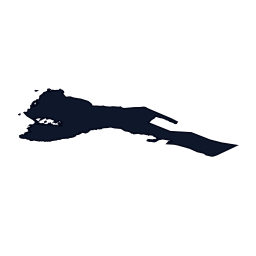 Hvalfjarðarsveit, Vesturland, Iceland, rotated 9°
{"feature_id": "244011B64770191202242", "entity_name": "Hvalfjarðarsveit", "entity_type": "district", "adm_level": 2, "iso_a3": "ISL", "parent_name": "Iceland", "parent_adm1": "Vesturland", "projection": "equal_earth", "projection_center": [-21.787, 64.41], "detail": "fine", "context": "isolated", "style": "filled", "palette": "ink", "viewbox_px": 256, "rotation_deg": 9, "n_neighbors": 0, "source": "geoboundaries", "source_scale": "gbopen_adm2", "svg_char_len": 5743}
<svg xmlns="http://www.w3.org/2000/svg" viewBox="0 0 256 256"><g transform="rotate(9 128 128)"><path d="M216.1,142.4L219.6,140.6L237.7,128.3L222.7,128.3L210.9,127.2L191.2,122.9L170.3,125.0L147.1,119.7L149.7,116.0L152.3,113.8L153.2,112.2L153.2,111.8L158.1,112.5L160.5,112.5L164.1,113.3L164.8,113.7L166.3,113.7L166.8,114.1L169.0,114.3L169.3,114.5L169.1,114.7L169.8,114.7L169.6,114.9L171.9,115.2L173.7,116.1L174.9,115.8L175.6,114.4L169.2,112.3L149.2,107.3L143.3,105.8L142.6,105.3L141.1,105.1L139.4,105.3L137.7,105.9L130.6,107.2L121.6,109.5L119.1,109.5L117.2,108.5L115.9,109.1L109.6,109.6L106.9,110.4L102.1,110.7L99.9,110.4L98.6,111.0L92.4,111.6L91.5,111.9L90.1,111.9L89.2,112.2L87.9,110.2L84.4,108.2L76.9,107.1L69.6,107.1L66.0,106.5L61.7,107.6L57.4,104.1L57.5,103.6L58.7,103.2L58.7,102.7L58.2,101.9L56.6,101.1L55.3,101.0L54.9,100.6L54.0,101.7L53.0,102.1L52.0,102.1L49.9,102.7L47.3,102.7L46.7,103.1L46.8,103.6L45.7,103.9L45.8,103.3L45.5,103.8L45.0,104.0L44.3,104.7L44.0,104.6L44.4,104.1L43.9,104.0L43.6,103.4L44.3,103.2L44.9,102.4L44.6,102.4L44.6,102.1L44.3,102.0L43.0,102.3L42.8,102.7L42.9,103.2L43.5,103.9L43.6,104.4L43.1,104.9L43.4,104.5L42.5,104.6L41.5,105.4L39.7,106.2L39.8,106.7L39.5,106.4L39.5,106.0L39.3,107.0L38.3,108.1L38.3,108.8L37.3,109.1L36.5,110.1L36.6,110.5L36.2,110.5L36.1,111.4L36.5,112.3L36.0,113.0L36.0,113.7L35.2,114.5L33.8,114.4L33.3,115.2L33.1,115.7L33.7,115.6L33.7,116.5L33.2,116.8L33.9,116.7L33.8,117.3L34.5,117.2L34.7,117.3L34.5,117.6L35.0,117.6L34.5,117.9L34.6,118.5L33.9,118.7L34.0,119.3L34.6,119.3L34.5,119.5L34.1,119.8L33.8,119.8L33.8,119.6L32.6,119.9L33.2,120.3L32.4,121.1L32.9,121.3L32.2,121.2L32.8,120.5L31.7,120.3L30.6,121.8L30.8,122.0L29.6,121.5L29.4,121.0L30.5,120.3L30.3,120.0L31.1,119.2L30.8,118.9L31.0,118.3L30.6,118.2L30.7,117.9L31.8,117.1L32.1,116.4L32.8,116.5L33.2,116.1L32.8,115.9L31.9,116.1L30.8,116.9L29.6,119.0L29.7,120.3L28.6,121.0L29.1,123.8L29.0,124.5L28.3,125.1L26.6,125.3L26.6,127.6L25.8,128.4L25.0,128.8L23.5,128.8L23.1,129.1L26.5,131.7L33.1,134.4L35.1,135.7L36.5,136.1L37.4,135.7L36.4,135.6L36.5,135.3L36.4,135.1L36.1,135.0L36.4,135.4L36.0,135.4L34.4,134.1L33.3,133.9L33.1,133.6L34.0,133.2L35.0,133.4L36.1,132.5L37.4,131.9L39.2,131.5L41.8,131.5L41.2,132.0L41.3,132.5L40.9,132.5L40.6,133.4L40.3,133.5L40.2,133.7L41.0,133.3L42.0,132.3L42.9,131.9L44.3,130.8L46.2,130.3L46.7,130.5L46.2,131.1L46.4,131.5L46.0,132.0L48.4,130.9L51.7,130.5L51.9,130.9L51.6,131.2L53.7,131.5L54.8,132.1L54.8,132.9L54.5,133.1L55.1,133.4L54.6,133.7L55.3,133.7L55.3,133.9L55.6,134.1L56.3,133.8L57.0,133.1L57.8,132.9L58.3,132.3L57.9,132.1L58.2,131.7L59.8,131.1L60.7,132.0L61.4,132.2L61.8,132.7L61.6,132.9L62.4,133.2L62.4,133.5L61.6,133.9L61.6,134.2L60.7,134.3L60.3,134.2L60.2,133.8L59.2,133.7L58.8,134.5L58.0,135.2L59.0,134.9L60.3,135.7L62.1,135.8L63.2,136.3L60.3,136.3L58.1,137.1L57.2,136.7L53.0,137.2L52.6,136.9L52.4,136.4L52.0,136.6L51.6,137.2L50.9,137.4L49.6,137.1L50.5,136.1L49.3,135.8L48.9,136.1L48.5,136.7L48.8,136.9L48.0,137.5L44.9,137.8L45.0,137.5L44.8,137.4L43.7,137.9L43.9,137.5L43.5,137.4L44.2,137.0L43.1,137.2L43.3,137.0L41.9,137.5L41.8,137.8L42.1,138.1L41.9,138.2L41.4,138.2L41.5,137.8L40.1,137.5L39.5,137.7L39.5,138.2L39.1,138.5L38.8,138.4L38.9,137.8L38.3,137.8L38.3,137.6L38.8,137.4L38.4,137.4L38.6,137.1L37.4,138.0L36.4,137.9L36.3,137.1L36.7,136.9L37.1,137.2L37.3,137.0L38.1,137.2L38.4,136.9L37.3,136.7L36.0,136.9L35.6,137.2L35.6,138.2L34.9,138.6L34.4,139.5L33.0,140.2L31.9,140.2L30.8,141.0L31.9,140.9L32.4,141.3L32.4,141.7L31.7,142.3L31.7,142.8L29.8,143.4L29.0,144.1L29.5,144.3L30.3,144.1L30.4,144.5L30.0,144.7L30.2,144.8L30.2,145.6L32.2,147.0L31.6,147.3L30.9,147.2L27.7,149.0L27.2,149.3L28.4,149.8L25.7,151.6L24.7,151.3L22.5,152.6L22.9,153.0L22.7,153.3L23.6,153.6L23.4,153.9L24.2,153.8L24.9,154.3L26.2,154.4L28.6,153.9L30.3,154.6L31.1,154.3L32.2,154.6L34.0,155.4L35.9,154.9L37.0,154.2L38.4,154.5L42.7,154.5L43.3,154.0L44.7,154.1L45.9,153.6L48.0,154.0L48.6,153.5L50.4,153.5L51.1,153.1L52.5,153.2L55.1,151.9L59.4,150.7L59.7,150.3L61.1,149.8L62.5,149.7L64.5,148.4L70.3,147.2L70.2,146.9L71.4,146.6L71.9,146.1L72.8,146.1L73.4,145.9L73.2,145.7L73.5,145.5L75.4,145.2L75.6,144.8L76.2,144.6L76.2,144.3L76.6,144.1L76.4,144.0L76.9,143.8L76.8,143.6L77.3,143.3L77.9,142.5L80.0,141.9L81.6,140.8L80.7,140.5L81.3,140.0L81.9,140.2L81.4,140.0L81.6,139.9L83.5,139.2L84.3,139.3L84.5,139.0L87.0,139.4L87.5,138.8L88.9,138.2L89.6,137.0L90.5,136.5L90.6,135.9L90.3,135.8L90.5,135.5L91.7,135.1L92.6,135.2L93.3,135.0L93.1,134.7L93.8,134.5L95.7,134.1L96.7,134.3L97.2,134.0L97.5,133.5L98.7,132.8L99.5,132.9L99.5,133.2L100.4,133.1L100.9,132.6L101.7,132.7L102.1,132.0L105.0,131.0L106.2,130.9L110.8,129.5L114.5,129.8L121.3,129.3L125.2,131.0L129.4,131.1L131.2,131.6L132.2,132.3L133.5,132.2L134.6,132.6L139.0,131.4L142.1,131.8L144.1,131.2L147.8,131.4L148.2,131.0L148.8,130.9L149.5,131.0L149.4,131.7L148.9,131.7L150.1,131.7L149.5,131.7L149.6,131.1L154.1,131.0L155.0,131.3L153.9,132.0L155.1,131.5L155.8,132.1L157.8,132.6L158.1,133.1L157.9,133.4L158.5,133.7L158.6,134.7L157.5,135.4L155.7,135.5L154.2,136.1L150.0,136.4L149.4,136.7L149.1,137.4L151.4,137.7L152.3,137.4L156.0,137.4L157.6,136.7L158.8,135.5L159.3,135.3L159.1,134.8L160.1,134.1L160.8,134.3L163.9,133.2L170.5,133.2L172.8,133.6L173.7,134.0L173.7,134.4L172.8,135.0L170.5,135.1L169.0,137.3L175.9,136.6L179.4,136.7L187.4,137.6L192.1,138.2L200.3,140.4L206.4,140.8L208.4,141.5L209.1,142.1L214.5,142.5L216.1,142.4ZM46.7,134.4L45.6,134.3L44.4,135.5L45.4,135.1L45.9,134.5L46.7,134.4ZM18.5,131.9L19.0,131.7L19.1,131.3L18.9,131.3L18.3,131.8L18.5,131.9ZM31.9,105.5L31.2,105.5L30.9,105.7L31.3,105.9L31.9,105.5ZM23.6,154.7L24.4,154.7L23.6,154.7ZM50.6,135.5L51.0,135.3L50.1,135.4L50.6,135.5ZM30.3,140.4L30.9,140.2L31.1,140.0L30.3,140.4Z" fill="#0f172a" stroke="#020617" stroke-width="1.5"/></g></svg>